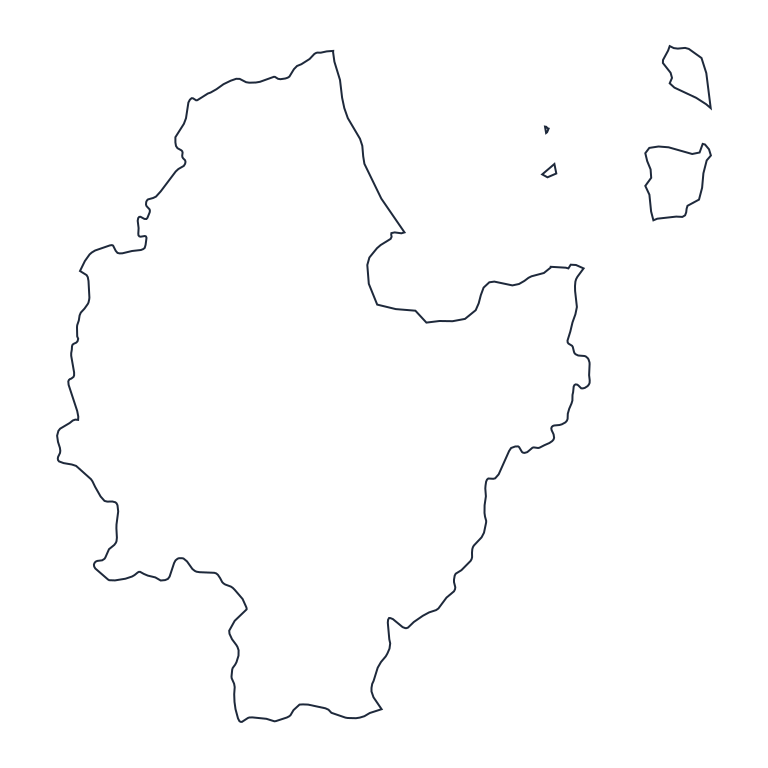 an SVG outline of Surat Thani
{"feature_id": "THA-380", "entity_name": "Surat Thani", "entity_type": "Province", "adm_level": 1, "iso_a3": "THA", "parent_name": "Thailand", "parent_adm1": "", "projection": "robinson", "projection_center": [99.144, 9.058], "detail": "fine", "context": "isolated", "style": "outline", "palette": "slate", "viewbox_px": 768, "rotation_deg": 0, "n_neighbors": 0, "source": "natural_earth", "source_scale": "10m", "svg_char_len": 6013}
<svg xmlns="http://www.w3.org/2000/svg" viewBox="0 0 768 768"><path d="M333.2,50.9L333.1,52.3L334.4,61.7L340.0,80.0L342.1,97.7L344.3,108.1L347.8,118.1L360.0,138.8L362.3,145.8L363.2,156.3L364.4,163.8L381.3,198.6L404.5,232.4L401.4,233.3L394.7,232.4L391.4,233.1L391.2,234.7L391.6,236.8L390.6,238.9L380.7,245.0L377.0,248.2L369.4,257.5L367.3,265.0L368.8,283.8L377.2,304.6L395.8,309.1L415.4,310.7L426.4,322.6L439.5,321.0L452.6,321.2L465.0,318.9L475.7,310.2L478.7,303.3L480.8,295.2L483.6,287.6L489.3,282.3L494.3,281.6L512.4,285.4L519.0,284.0L524.4,280.9L528.5,277.8L531.5,276.3L543.9,273.0L550.6,267.6L550.7,266.8L565.8,267.7L568.4,268.4L570.7,264.7L576.0,265.0L583.6,268.4L577.4,276.8L576.1,279.2L575.4,281.6L575.0,286.0L575.1,291.0L576.9,307.0L575.4,314.3L572.5,322.4L570.3,331.6L567.5,340.6L567.7,342.5L568.5,343.6L572.1,345.8L572.8,347.0L574.0,351.9L574.5,353.1L575.5,354.2L578.2,355.5L584.4,356.0L585.7,356.4L587.7,358.1L588.5,359.3L589.5,362.4L589.6,364.1L589.1,375.2L589.7,380.3L589.6,382.9L588.9,384.5L587.6,386.1L584.8,387.9L582.8,388.4L581.2,388.3L578.3,385.4L577.1,384.6L575.6,384.4L574.5,385.0L573.7,386.5L573.1,392.3L572.5,394.9L572.4,400.5L571.5,403.5L569.2,408.8L567.8,413.7L567.6,418.9L566.9,420.7L565.4,422.4L561.9,424.3L559.5,425.0L554.1,425.5L552.8,426.0L551.8,426.9L551.3,428.3L551.6,430.1L553.6,434.4L554.1,437.8L553.5,439.6L552.2,441.1L549.4,443.0L544.4,445.2L539.5,447.7L538.1,448.0L533.8,447.4L532.5,447.7L527.3,452.1L524.6,452.9L523.1,452.7L522.0,452.0L519.1,447.1L518.1,446.4L515.2,446.5L511.1,448.0L509.1,451.0L498.7,474.3L495.2,478.3L493.3,478.8L488.3,478.5L487.0,479.6L486.1,481.7L485.5,485.8L485.3,488.5L485.9,496.3L484.6,505.2L484.5,512.9L485.0,516.5L486.2,520.9L486.1,522.6L484.0,532.7L481.6,537.3L473.8,545.6L472.9,547.2L472.3,549.2L472.0,552.7L472.1,557.1L471.6,559.1L470.6,560.9L461.4,570.2L455.7,573.7L454.7,575.6L454.0,579.6L454.0,582.1L455.3,587.3L455.0,589.3L454.0,591.3L446.5,597.6L438.4,608.5L436.1,610.1L429.1,612.4L422.8,615.8L413.8,622.0L408.0,627.6L406.6,628.1L405.2,628.1L402.6,627.1L392.9,619.1L390.4,618.1L389.1,618.0L388.1,619.7L387.8,622.7L389.3,639.3L390.2,643.4L389.5,648.6L387.4,653.5L385.8,656.3L381.0,662.0L377.7,667.7L373.6,680.9L372.2,683.9L371.5,687.9L371.5,691.5L373.5,697.3L381.6,709.2L369.8,713.0L364.4,716.2L359.8,717.6L356.0,718.2L347.7,718.0L345.4,717.6L331.4,712.8L328.5,709.7L325.4,708.3L308.1,704.6L302.9,704.4L299.5,704.6L293.5,710.1L290.5,715.2L289.2,716.3L286.9,717.5L275.9,721.1L274.4,721.3L266.4,718.8L252.4,717.4L249.3,717.5L247.9,718.0L241.9,721.9L240.5,721.8L239.4,721.1L238.0,718.4L235.5,709.1L234.5,701.9L234.2,694.3L234.7,687.1L234.1,683.7L231.7,678.3L231.5,676.6L232.2,669.6L232.7,668.0L235.2,664.6L236.5,662.1L238.5,655.7L238.6,650.3L237.5,647.0L236.4,645.1L232.0,639.2L229.5,633.8L229.2,630.7L234.7,620.8L246.6,609.4L246.6,608.2L246.2,607.0L242.6,599.0L234.7,589.8L232.8,587.9L230.9,586.6L225.2,584.5L223.5,583.4L222.2,582.1L220.1,578.1L217.9,574.8L216.2,573.4L214.3,572.8L199.6,572.2L196.5,571.7L194.8,570.9L192.4,569.0L187.0,561.4L183.5,558.5L182.0,558.2L179.0,558.2L177.6,558.7L175.5,560.4L174.1,563.0L169.6,576.6L167.9,578.9L165.1,580.1L160.7,580.5L155.3,577.4L147.8,575.6L143.8,573.9L140.2,571.9L138.8,571.9L137.7,572.5L134.5,575.1L132.1,576.5L125.5,578.7L115.0,580.4L109.2,580.2L108.0,579.5L95.3,568.5L94.2,566.6L93.9,564.8L94.3,563.4L95.1,562.2L96.1,561.4L97.4,560.9L102.2,560.3L104.5,558.8L105.3,557.6L109.0,549.2L114.3,544.9L115.9,542.7L116.5,541.2L116.9,537.7L116.4,528.3L116.5,524.5L118.2,511.5L117.5,505.3L116.6,503.4L115.4,502.3L112.4,501.5L107.2,501.6L104.5,500.9L100.6,496.5L95.1,486.8L92.5,481.4L91.0,479.2L76.1,465.9L71.8,464.5L63.6,463.1L59.0,461.4L58.0,460.0L57.8,458.4L58.1,456.9L60.0,453.0L60.3,450.8L59.9,447.8L58.0,441.9L57.1,435.7L58.4,430.9L60.1,428.7L69.7,423.0L72.8,420.5L75.3,419.6L78.1,419.9L78.3,416.7L77.2,411.0L68.6,384.8L68.3,381.4L68.9,380.0L69.9,379.1L71.3,378.6L73.5,376.9L74.1,375.4L74.1,372.4L71.2,355.8L71.2,353.1L71.8,349.8L72.0,346.3L72.5,344.8L73.5,343.9L76.3,342.6L77.5,341.3L78.2,338.8L77.2,336.4L77.0,327.2L77.2,325.2L78.8,320.5L79.6,315.4L80.8,312.6L84.5,308.6L87.9,303.8L88.5,302.5L89.2,299.4L89.4,297.6L88.5,281.0L87.8,277.2L86.6,275.1L80.0,271.0L84.9,261.0L89.6,254.4L91.8,252.5L95.1,250.5L109.9,245.4L111.9,245.1L113.1,245.6L115.7,250.8L117.5,252.9L119.6,253.4L122.4,253.3L132.0,251.0L140.9,250.0L143.2,249.1L144.7,247.9L145.6,244.8L146.5,237.9L146.0,236.5L144.9,236.0L140.6,236.7L139.4,236.4L138.5,235.4L138.3,233.7L138.6,228.1L137.7,220.8L138.2,218.1L139.2,216.9L140.5,216.8L144.4,218.9L146.4,219.0L147.4,217.9L149.7,212.3L149.9,210.8L149.6,209.4L146.6,206.2L146.0,204.7L146.2,202.0L146.9,200.5L148.0,199.4L153.1,198.0L156.0,196.6L160.7,191.4L175.7,171.5L178.4,169.0L183.8,165.9L185.1,163.8L185.5,161.9L185.1,160.3L183.1,158.3L182.4,157.1L182.2,155.7L182.6,152.6L182.2,151.2L181.3,150.3L177.5,148.2L176.0,146.0L175.4,142.4L175.4,137.2L183.9,123.8L186.0,118.2L188.4,102.5L189.9,99.7L191.6,98.2L193.0,98.3L196.1,100.3L197.3,100.2L207.9,93.5L210.5,92.6L216.5,89.2L223.5,84.2L230.7,80.7L236.2,78.8L239.7,78.9L246.1,82.2L249.3,82.7L255.9,82.5L260.0,81.8L273.9,76.8L275.0,76.9L278.0,78.8L280.4,79.2L285.3,78.5L287.7,77.7L289.4,76.6L293.9,69.2L297.0,66.0L301.4,64.2L309.6,59.0L314.4,53.9L316.2,52.9L317.4,52.6L320.7,52.7L326.7,51.4L333.2,50.9ZM702.7,143.9L705.0,144.5L709.0,149.3L710.9,155.5L706.7,160.4L703.4,173.3L702.1,187.8L699.0,199.6L687.5,205.8L686.6,208.8L686.2,212.3L685.1,215.3L682.4,216.9L676.2,216.6L657.3,218.7L653.4,220.3L651.1,211.5L649.4,194.7L645.3,185.9L651.2,177.8L650.6,169.4L647.2,161.1L645.3,153.2L649.3,147.9L658.5,146.5L668.6,147.3L692.2,154.0L699.6,152.5L702.7,143.9ZM688.8,48.9L701.5,58.0L706.3,73.1L710.7,108.1L706.1,104.2L696.3,97.9L674.4,87.6L669.7,83.3L672.0,77.9L670.6,72.8L662.9,63.0L663.0,60.0L668.1,50.6L669.7,46.1L673.8,48.1L677.8,48.6L685.1,47.9L688.8,48.9ZM554.4,164.0L556.3,173.5L547.5,177.3L542.2,174.4L554.4,164.0ZM548.6,128.6L547.1,132.2L546.1,133.0L545.0,126.6L546.2,126.8L547.6,128.3L548.6,128.6Z" fill="none" stroke="#1e293b" stroke-width="2"/></svg>